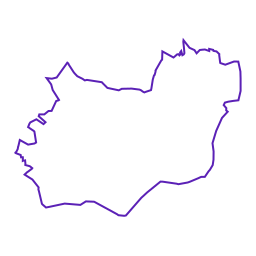 outline of Kaura, Kaduna, Nigeria
{"feature_id": "59680162B84224544107566", "entity_name": "Kaura", "entity_type": "district", "adm_level": 2, "iso_a3": "NGA", "parent_name": "Nigeria", "parent_adm1": "Kaduna", "projection": "orthographic", "projection_center": [8.436, 9.644], "detail": "fine", "context": "isolated", "style": "outline", "palette": "violet", "viewbox_px": 256, "rotation_deg": 0, "n_neighbors": 0, "source": "geoboundaries", "source_scale": "gbopen_adm2", "svg_char_len": 2301}
<svg xmlns="http://www.w3.org/2000/svg" viewBox="0 0 256 256"><path d="M204.8,176.9L208.5,171.4L209.9,169.8L212.7,165.1L213.5,159.7L213.6,151.4L212.5,143.2L216.2,130.9L219.2,124.2L222.0,117.9L227.7,111.7L226.2,110.4L226.3,108.1L223.7,105.1L224.9,102.6L228.2,101.7L233.2,100.9L238.4,100.3L239.7,94.8L240.6,90.9L240.6,78.7L240.4,71.5L238.3,61.6L234.1,61.5L225.3,64.7L220.5,63.1L220.2,62.9L219.2,55.1L219.3,54.1L216.5,51.4L214.0,51.0L213.4,50.8L213.2,49.9L209.2,48.9L209.2,51.0L205.8,49.8L204.9,49.5L202.4,49.7L199.8,50.0L199.6,50.2L196.6,53.3L194.5,50.1L193.4,49.6L189.5,47.8L183.5,40.2L183.3,41.7L184.0,48.3L184.4,53.1L184.0,54.0L183.6,54.5L182.4,55.2L181.2,51.0L180.1,52.5L180.5,54.3L179.4,55.4L178.4,54.2L177.1,54.4L174.6,56.6L173.5,57.5L162.4,51.4L162.1,59.7L161.3,60.4L155.6,70.4L155.7,70.5L155.4,72.2L154.6,75.0L154.0,75.4L152.8,79.5L151.4,88.4L151.0,90.1L145.3,92.0L144.4,92.4L143.7,92.1L142.8,91.6L140.9,90.2L139.5,89.6L131.6,88.6L121.8,88.8L118.8,90.3L118.7,90.3L107.4,87.9L103.3,83.8L101.8,82.2L86.9,79.9L84.8,80.4L82.5,78.8L77.3,76.2L75.1,73.9L73.8,72.4L68.8,64.7L68.5,64.0L68.2,63.4L67.3,62.7L56.7,77.5L51.9,78.7L46.6,78.1L51.1,84.3L51.2,84.5L52.7,90.0L59.0,100.0L58.6,100.3L56.2,101.0L51.6,110.9L48.5,111.0L44.3,114.4L39.3,114.4L38.7,116.2L45.5,122.2L43.5,124.1L36.4,119.3L30.3,122.4L29.4,123.8L28.1,127.1L34.1,131.2L34.4,131.6L36.1,142.5L34.5,143.5L28.1,144.6L19.8,140.0L18.4,146.0L18.1,146.7L17.7,149.1L16.3,151.8L15.4,152.6L15.5,153.0L20.7,155.0L20.8,155.9L21.1,157.1L21.1,157.3L21.3,157.3L21.5,157.3L22.1,157.3L22.5,157.2L22.8,157.2L22.9,158.1L22.8,159.5L22.8,160.8L23.0,160.7L23.9,160.6L24.3,160.6L25.1,160.4L25.2,161.5L25.3,162.6L25.4,163.3L25.3,165.0L25.6,165.1L26.0,165.2L27.1,165.5L27.5,165.6L27.9,165.7L28.7,165.9L29.7,166.2L30.5,166.7L31.4,167.5L32.3,168.2L32.2,168.4L31.9,168.7L31.2,169.3L29.5,170.5L28.3,171.5L27.7,171.8L26.8,172.5L26.1,173.2L25.2,174.0L24.6,174.6L25.7,175.3L32.4,179.5L38.6,187.4L38.4,189.4L39.0,191.5L41.9,203.7L42.3,204.3L46.0,207.5L49.6,206.8L64.7,203.6L80.4,204.9L81.0,204.5L85.9,201.4L93.4,201.7L94.3,201.8L117.2,214.3L118.4,215.2L124.2,215.8L125.9,215.5L141.3,197.8L147.3,192.3L160.5,181.6L162.8,181.7L176.6,183.7L178.4,184.2L187.7,182.5L189.7,181.8L198.3,178.2L200.0,177.4L201.2,176.9L204.8,176.9Z" fill="none" stroke="#5b21b6" stroke-width="2"/></svg>